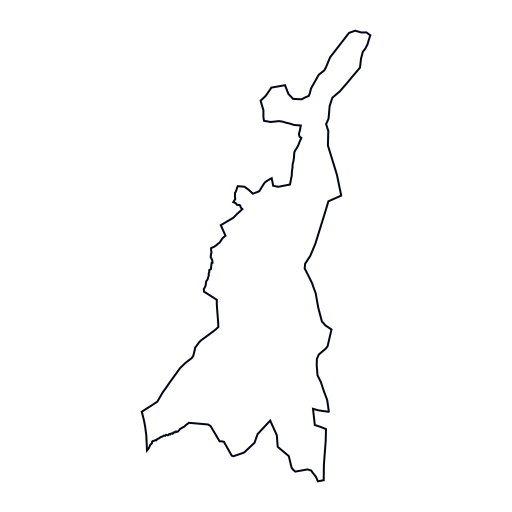 the district of Rimi, Katsina, Nigeria
{"feature_id": "59680162B87154562016330", "entity_name": "Rimi", "entity_type": "district", "adm_level": 2, "iso_a3": "NGA", "parent_name": "Nigeria", "parent_adm1": "Katsina", "projection": "equal_earth", "projection_center": [7.703, 12.89], "detail": "fine", "context": "isolated", "style": "outline", "palette": "ink", "viewbox_px": 512, "rotation_deg": 0, "n_neighbors": 0, "source": "geoboundaries", "source_scale": "gbopen_adm2", "svg_char_len": 3204}
<svg xmlns="http://www.w3.org/2000/svg" viewBox="0 0 512 512"><path d="M147.0,450.4L149.0,447.9L150.2,444.9L151.8,443.4L152.1,442.7L152.0,442.0L152.4,441.3L153.7,440.8L155.0,440.5L155.5,440.1L156.3,440.3L157.2,439.1L157.9,438.8L159.1,438.3L160.6,437.1L161.6,436.8L162.6,436.5L163.5,435.7L164.4,435.6L165.1,435.8L166.1,434.8L166.9,435.0L167.9,435.3L168.7,434.8L169.2,434.0L169.7,434.0L170.2,434.4L171.1,433.5L172.3,433.4L172.7,433.7L173.2,433.1L173.5,432.5L174.4,432.4L174.9,432.4L175.4,431.6L176.3,431.9L176.6,431.6L177.0,431.8L178.0,431.5L180.2,428.9L181.8,428.0L183.1,427.2L184.3,426.6L185.6,425.3L188.9,422.8L208.1,424.5L210.6,426.1L219.6,441.3L222.0,441.4L223.9,441.8L231.7,455.6L233.3,456.3L244.0,452.6L254.5,442.8L257.6,434.1L270.2,420.6L276.8,435.2L277.7,446.8L288.8,456.1L291.4,467.0L291.8,468.0L293.0,469.6L295.3,471.6L307.6,469.4L311.3,470.6L312.6,472.6L315.9,476.8L317.9,481.3L323.7,480.2L323.9,464.7L325.7,440.6L326.0,429.1L320.3,426.8L314.8,425.0L313.0,408.8L318.2,410.3L328.5,411.8L328.8,411.2L327.2,400.1L323.7,390.7L321.0,382.4L317.5,375.3L316.7,365.1L316.9,358.9L318.8,354.5L325.7,348.7L327.6,346.2L331.5,329.5L325.5,325.5L321.9,321.5L318.2,307.5L315.7,293.3L314.1,289.0L312.0,283.0L307.7,274.3L304.7,268.5L305.1,263.8L310.3,255.8L315.4,243.6L325.5,211.0L328.4,201.3L341.2,195.6L337.0,175.1L335.5,170.1L327.9,145.5L328.3,130.9L326.1,124.1L328.5,118.8L329.0,113.9L329.6,106.3L332.3,97.8L340.2,91.0L342.9,87.8L345.9,84.4L351.9,77.2L360.0,67.6L361.0,58.8L362.8,51.8L365.2,48.8L367.4,44.6L368.9,39.6L370.3,35.3L366.4,32.4L361.4,32.5L355.2,30.7L349.0,32.9L330.1,57.3L326.0,67.2L324.3,70.4L318.8,74.7L311.0,88.5L309.9,93.1L308.8,95.9L306.0,97.1L304.2,97.9L301.8,99.3L293.1,98.9L288.4,93.9L285.0,85.2L271.4,87.6L265.7,95.9L260.6,100.7L263.4,110.2L263.4,117.0L263.8,119.6L264.0,120.8L270.6,122.0L278.9,121.1L282.4,121.6L286.0,122.7L289.9,123.6L294.2,125.0L300.8,125.5L299.9,130.5L298.9,133.9L299.5,136.6L301.3,137.9L299.5,142.1L298.4,145.0L297.1,147.5L296.6,148.3L295.3,150.2L294.3,152.3L294.0,157.3L293.5,160.9L292.6,164.5L292.5,167.4L291.9,171.8L291.8,175.1L290.0,184.5L278.3,186.8L273.2,185.8L271.7,178.2L270.2,179.0L267.8,180.4L266.5,181.2L265.5,181.9L264.6,182.8L263.8,183.9L262.9,185.4L261.7,187.2L259.3,191.2L254.0,193.3L253.0,193.7L248.3,189.5L244.4,186.7L237.7,186.2L235.8,191.7L235.1,192.7L235.0,194.5L234.9,195.5L235.1,198.1L235.3,199.0L233.3,202.1L235.7,203.1L236.8,204.7L238.1,205.0L239.4,205.0L240.1,205.4L240.8,207.6L242.4,209.1L237.0,214.0L233.4,217.7L220.8,225.2L225.5,235.8L222.9,237.8L219.6,242.6L217.5,244.1L216.8,244.9L214.3,246.7L211.2,248.0L211.0,249.5L211.5,252.5L211.0,254.1L210.7,257.0L212.3,260.5L212.5,262.8L211.6,263.0L210.9,269.1L209.2,270.1L209.3,272.0L208.7,273.5L208.8,275.1L208.4,276.6L207.6,279.4L206.2,281.3L206.1,282.0L205.6,285.7L204.7,287.6L203.8,289.0L204.0,291.6L216.8,299.8L216.8,304.5L217.4,312.9L218.2,322.6L218.3,327.0L216.1,329.1L213.6,331.1L200.9,340.5L198.9,342.5L198.1,343.7L195.0,347.9L194.8,349.8L194.4,351.3L194.0,353.0L193.2,356.0L191.7,358.1L185.2,363.1L180.0,368.2L169.6,382.6L166.4,387.3L162.7,392.4L157.3,401.7L141.7,411.8L142.2,413.3L144.1,421.0L145.1,426.3L146.3,435.4L147.0,450.4Z" fill="none" stroke="#020617" stroke-width="2"/></svg>